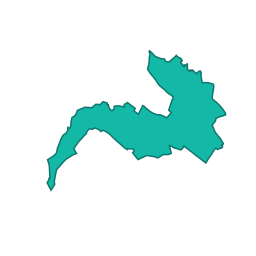 Kaugama, Jigawa, Nigeria (Mercator projection), rotated 247°
{"feature_id": "59680162B31064170938287", "entity_name": "Kaugama", "entity_type": "district", "adm_level": 2, "iso_a3": "NGA", "parent_name": "Nigeria", "parent_adm1": "Jigawa", "projection": "mercator", "projection_center": [9.774, 12.554], "detail": "fine", "context": "isolated", "style": "filled", "palette": "teal", "viewbox_px": 256, "rotation_deg": 247, "n_neighbors": 0, "source": "geoboundaries", "source_scale": "gbopen_adm2", "svg_char_len": 5281}
<svg xmlns="http://www.w3.org/2000/svg" viewBox="0 0 256 256"><g transform="rotate(247 128 128)"><path d="M100.8,32.8L104.7,38.5L107.7,39.3L114.7,43.9L117.5,46.0L122.7,56.7L123.6,59.6L124.8,66.9L124.7,70.0L124.6,70.7L130.0,70.0L132.0,73.0L134.4,76.7L138.1,84.8L139.3,87.8L140.1,88.0L141.0,89.1L141.8,90.5L142.1,92.1L141.5,93.6L140.7,94.8L140.9,97.9L138.0,100.4L135.5,101.6L135.5,104.6L130.3,108.3L121.7,112.0L115.4,115.0L110.7,117.3L108.4,118.8L108.8,119.8L106.9,124.3L104.4,124.8L103.4,122.6L95.0,124.9L95.4,134.5L90.9,141.6L89.4,143.0L88.8,143.9L89.4,147.9L89.8,150.0L88.0,154.2L87.7,155.7L87.8,157.9L95.6,159.2L95.5,159.6L95.2,160.0L94.8,160.3L94.5,160.4L94.3,160.8L93.9,161.2L93.6,161.5L93.2,161.7L92.8,161.9L92.3,162.2L92.0,162.4L91.7,163.0L91.3,163.1L91.0,163.3L90.7,163.9L90.4,164.4L89.9,164.9L89.7,165.3L89.2,165.7L88.7,166.3L88.2,166.8L87.7,167.3L87.4,167.9L87.2,168.4L87.2,168.7L87.4,169.0L87.6,169.4L87.8,169.7L88.1,170.4L88.4,171.0L88.7,171.3L88.8,171.7L89.5,172.4L89.3,172.5L87.9,173.3L87.2,173.7L86.5,174.1L85.7,174.6L84.9,175.0L84.0,175.5L83.3,175.8L80.8,177.4L79.3,178.2L77.2,179.3L74.9,180.6L73.3,181.5L71.9,182.3L69.6,183.6L68.4,184.3L67.5,184.8L65.4,186.0L68.4,190.1L70.3,193.2L71.6,195.2L73.5,197.8L75.1,200.7L74.4,201.2L73.3,202.0L73.1,202.3L73.3,203.2L73.5,204.5L73.4,204.7L73.2,204.9L73.1,205.1L73.1,205.4L73.1,205.6L73.1,205.8L73.1,206.1L73.2,206.5L73.3,207.1L73.4,207.4L73.6,207.5L74.1,207.7L74.4,207.7L74.9,207.6L75.1,207.6L75.3,207.5L75.6,207.4L75.9,207.5L76.0,207.6L75.4,208.6L76.6,209.8L79.0,209.2L79.9,209.2L81.0,209.0L82.7,208.9L85.0,207.9L87.3,207.4L90.1,206.6L97.8,206.6L100.2,211.2L102.5,212.8L102.6,216.2L102.0,221.0L102.1,222.1L102.0,223.1L104.1,223.4L109.1,222.4L113.7,220.9L117.2,219.4L119.3,218.2L122.2,216.9L126.0,219.0L129.4,221.3L132.9,223.3L133.9,223.5L134.8,223.8L136.2,222.3L136.6,221.7L137.2,221.0L137.8,220.2L138.2,219.7L138.5,219.2L138.8,218.7L139.1,218.1L139.1,217.4L139.5,217.0L139.8,216.5L140.0,216.0L140.1,215.7L140.0,215.3L140.4,214.6L140.7,214.1L141.0,214.1L141.6,214.3L142.2,214.3L143.6,214.7L144.7,214.9L145.8,215.2L146.7,215.3L147.6,215.6L148.3,216.0L149.0,216.2L149.4,216.6L149.9,216.8L150.2,216.9L150.6,217.1L151.2,216.9L151.9,216.8L152.4,216.7L152.3,215.7L152.2,214.6L152.1,213.9L152.0,213.5L151.1,212.7L151.4,212.4L151.6,212.1L151.9,211.9L152.2,211.8L152.7,211.5L153.1,211.3L153.7,211.0L154.3,210.7L154.6,210.6L154.8,210.6L155.0,210.6L155.4,210.5L155.4,210.3L155.6,210.3L155.7,210.2L156.0,210.0L156.2,209.8L156.2,209.5L156.2,209.2L155.9,209.0L155.7,208.9L155.7,208.7L155.9,208.6L156.1,208.7L156.3,208.7L156.5,208.3L156.6,208.2L156.9,208.2L157.1,208.1L157.1,207.9L157.1,207.7L156.9,207.2L156.7,207.0L156.5,206.9L156.7,206.7L156.9,206.4L157.1,206.2L157.3,205.9L157.5,205.9L158.0,205.9L158.3,205.6L158.5,205.6L160.7,206.4L161.3,206.6L161.7,206.8L162.0,206.9L162.6,207.2L163.1,207.4L163.5,207.5L163.9,207.6L164.0,207.5L163.8,207.3L163.6,207.2L163.4,207.0L163.4,206.8L163.4,206.5L163.4,206.2L163.5,206.0L163.4,205.8L163.4,205.5L163.4,205.2L163.6,205.0L163.8,204.9L164.0,204.7L164.1,204.2L163.9,204.0L163.7,203.9L163.5,204.0L163.3,204.2L163.4,204.4L163.4,204.6L163.3,204.8L163.1,204.7L162.9,204.6L162.7,204.4L162.5,204.1L162.7,203.8L162.7,203.6L162.8,203.4L163.1,203.2L163.4,203.1L163.7,203.0L163.9,202.8L164.2,202.8L164.7,202.8L165.1,202.8L165.6,202.8L165.9,202.8L166.2,202.7L166.3,202.6L166.6,202.4L167.0,202.2L167.3,202.1L167.6,202.0L167.9,202.0L168.2,202.1L168.3,202.2L168.3,202.4L168.2,202.7L168.3,202.9L168.3,203.1L168.4,203.3L168.5,203.6L168.6,203.9L168.8,204.1L169.1,204.3L169.3,204.3L170.0,203.9L170.7,203.8L171.1,203.9L171.7,203.7L172.0,203.6L172.4,202.9L172.8,202.4L173.6,201.9L175.1,201.1L176.0,200.8L175.4,199.9L173.7,194.5L172.8,191.8L174.0,188.9L177.5,188.4L178.5,186.1L180.6,183.6L182.0,182.3L182.7,181.5L184.1,180.7L189.0,178.9L190.6,177.9L189.9,177.2L189.4,177.1L188.2,177.3L187.4,177.2L187.0,176.8L184.9,175.3L180.5,173.3L176.9,170.8L174.4,169.0L170.2,169.7L168.1,170.3L164.5,171.4L162.3,172.0L161.0,172.3L157.0,172.9L154.2,173.8L149.0,176.6L146.9,177.3L143.8,178.8L142.5,179.9L140.7,180.8L138.8,181.9L136.4,179.4L135.5,178.7L134.3,177.6L132.9,176.3L131.6,175.2L130.5,174.2L129.5,173.4L128.6,172.4L125.5,173.7L124.6,172.7L122.2,167.7L124.6,165.7L127.2,163.2L129.0,159.8L131.4,157.2L134.1,155.1L139.4,152.2L140.5,151.7L141.5,151.5L142.4,150.8L142.9,150.2L141.8,149.2L138.4,145.0L136.7,142.9L141.3,140.2L143.2,142.3L145.3,141.1L148.2,139.4L151.6,137.5L151.4,136.8L151.4,136.5L151.4,136.4L151.5,136.2L151.3,134.9L151.3,134.6L150.9,133.9L150.6,133.2L149.9,133.3L149.6,133.2L149.0,133.0L148.9,133.0L148.9,132.9L149.6,131.4L151.9,128.5L153.0,125.5L153.3,123.7L150.8,122.6L150.6,121.1L150.1,119.9L152.0,118.9L154.6,118.4L157.1,119.0L157.5,118.0L159.1,118.6L161.9,115.5L161.9,115.3L161.9,115.2L160.9,112.6L160.4,111.7L160.1,111.1L161.2,110.2L162.4,107.6L160.8,102.6L162.7,98.9L163.9,96.6L163.9,94.8L164.0,88.4L160.2,84.6L159.5,80.6L157.9,79.3L155.7,77.9L153.3,76.7L150.8,75.0L150.6,74.2L152.1,72.9L149.1,71.4L147.5,69.0L146.8,65.6L144.3,62.2L141.0,59.1L137.0,55.2L133.8,53.1L132.2,51.2L131.1,47.2L130.2,41.6L124.3,40.9L113.3,36.9L112.5,36.6L112.6,36.4L112.6,36.1L112.5,35.7L112.4,35.4L112.0,35.4L111.9,35.3L111.7,35.3L111.4,35.3L109.2,32.2L100.8,32.8Z" fill="#14b8a6" stroke="#0f766e" stroke-width="1.5"/></g></svg>